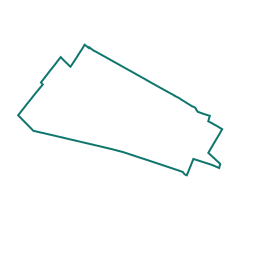 Rusanesti, Olt, Romania (Natural Earth projection), rotated 36°
{"feature_id": "2599482B48981848696155", "entity_name": "Rusanesti", "entity_type": "district", "adm_level": 2, "iso_a3": "ROU", "parent_name": "Romania", "parent_adm1": "Olt", "projection": "natural_earth1", "projection_center": [24.553, 43.927], "detail": "fine", "context": "isolated", "style": "outline", "palette": "teal", "viewbox_px": 256, "rotation_deg": 36, "n_neighbors": 0, "source": "geoboundaries", "source_scale": "gbopen_adm2", "svg_char_len": 1713}
<svg xmlns="http://www.w3.org/2000/svg" viewBox="0 0 256 256"><g transform="rotate(36 128 128)"><path d="M53.0,185.9L53.5,185.7L58.1,183.8L62.2,182.0L82.4,173.5L127.6,154.5L132.8,152.5L135.1,151.6L137.8,150.5L138.5,150.3L138.7,150.2L151.3,146.2L157.5,144.2L158.3,143.9L163.6,142.2L194.3,132.5L194.9,132.3L195.0,132.3L198.1,131.4L198.4,131.4L198.8,131.6L200.4,132.0L200.9,132.1L201.0,132.1L201.3,132.1L202.0,132.0L202.7,131.9L203.1,131.8L203.4,131.7L201.2,122.9L199.1,114.6L217.3,108.6L220.7,107.8L223.4,107.2L225.2,106.8L224.7,105.4L223.8,102.9L221.6,102.5L220.2,102.4L207.6,100.9L207.2,97.3L206.2,86.9L205.6,79.9L204.9,73.6L198.1,74.2L189.0,75.4L187.0,70.1L181.3,72.0L175.0,73.9L172.9,73.3L171.2,72.3L170.3,72.2L169.4,72.1L168.3,72.4L167.2,72.8L166.7,72.8L154.3,73.7L151.8,73.8L149.9,74.0L146.9,74.6L146.8,74.4L139.9,75.3L131.1,76.4L124.1,77.2L118.5,77.9L118.3,77.9L98.5,80.2L92.1,81.0L70.8,83.5L56.8,85.2L56.0,85.4L54.0,85.6L49.3,85.5L49.5,86.1L49.5,86.3L48.1,86.2L45.2,86.2L44.0,86.1L44.0,86.4L44.0,87.1L44.0,87.3L44.1,87.6L44.1,87.9L44.2,88.6L44.3,89.3L44.3,89.7L44.4,90.9L44.4,91.3L44.4,91.9L44.5,92.8L44.5,93.4L44.5,93.9L44.5,94.3L44.6,94.6L44.6,95.5L44.7,96.3L44.7,97.0L44.7,97.8L44.8,97.9L44.8,98.3L44.8,98.7L44.8,98.9L44.8,99.3L44.9,99.6L45.2,106.0L45.2,106.6L45.3,107.6L45.4,109.8L45.4,110.8L45.4,112.3L44.5,112.2L42.6,111.9L40.1,111.5L38.5,111.3L38.4,111.3L37.0,111.1L34.5,110.7L31.9,110.2L31.9,111.5L31.7,114.2L31.7,115.3L31.6,121.0L31.5,122.0L31.4,124.3L31.2,128.9L31.1,133.5L30.8,142.3L32.2,142.6L33.5,142.9L33.2,147.4L32.6,157.7L32.6,158.7L32.6,158.9L32.1,168.7L32.1,169.0L32.1,170.6L31.8,177.9L31.7,181.2L31.7,182.3L50.8,185.5L53.0,185.9Z" fill="none" stroke="#0f766e" stroke-width="2"/></g></svg>